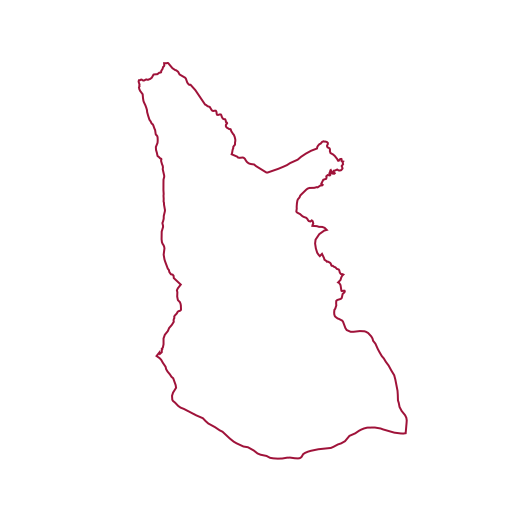 the district of Gonzalez, Cesar, Colombia, rotated 169°
{"feature_id": "7082276B53963329065475", "entity_name": "Gonzalez", "entity_type": "district", "adm_level": 2, "iso_a3": "COL", "parent_name": "Colombia", "parent_adm1": "Cesar", "projection": "orthographic", "projection_center": [-73.381, 8.394], "detail": "fine", "context": "isolated", "style": "outline", "palette": "rose", "viewbox_px": 512, "rotation_deg": 169, "n_neighbors": 0, "source": "geoboundaries", "source_scale": "gbopen_adm2", "svg_char_len": 6098}
<svg xmlns="http://www.w3.org/2000/svg" viewBox="0 0 512 512"><g transform="rotate(169 256 256)"><path d="M345.0,260.4L344.2,258.9L344.1,256.7L343.0,254.3L341.4,253.6L340.7,252.4L340.9,250.0L335.3,242.3L338.9,239.2L340.2,237.4L340.1,235.5L341.1,231.2L341.1,228.1L341.0,227.5L339.5,225.2L339.2,223.4L339.2,221.9L339.8,217.9L340.0,217.4L340.7,216.9L341.3,216.7L342.7,216.6L343.8,215.9L344.7,214.7L347.1,213.0L347.8,212.2L348.0,210.7L348.8,209.6L349.2,208.5L349.3,207.1L351.7,204.5L355.0,201.9L356.9,199.1L360.5,196.1L362.5,192.7L363.6,187.0L364.9,183.9L366.2,182.8L365.9,182.2L366.4,181.7L366.9,179.5L369.1,178.2L369.4,178.8L369.3,179.7L372.7,176.8L370.1,174.1L368.9,172.2L367.8,168.9L365.9,164.5L365.8,162.1L364.9,159.5L363.1,156.2L362.0,153.5L360.6,151.8L359.5,144.6L359.6,141.9L363.5,137.7L365.1,134.8L365.6,130.9L365.1,129.5L363.5,127.6L361.0,123.7L359.0,121.6L355.9,119.6L345.1,111.0L339.1,106.9L337.0,103.6L334.8,100.7L328.9,95.8L324.9,91.8L322.4,89.9L316.6,81.9L313.3,78.0L310.9,75.9L304.7,71.4L300.4,69.8L295.3,65.5L292.2,61.9L289.5,60.1L283.8,57.7L280.7,55.2L277.7,54.1L273.2,52.9L268.8,52.2L264.1,52.1L261.0,51.6L256.6,50.1L253.5,49.3L251.9,49.2L250.9,49.4L249.6,50.1L247.5,52.5L245.3,53.4L242.4,54.0L239.5,54.3L231.7,54.4L219.1,53.3L216.4,53.9L211.5,55.4L208.3,55.8L204.0,57.2L198.6,61.6L192.4,63.0L188.2,64.8L185.9,65.5L182.9,66.1L179.6,66.3L172.2,65.0L166.6,62.9L164.5,61.6L153.9,56.2L147.8,54.2L145.4,53.6L142.9,53.5L140.0,63.6L139.4,65.9L139.3,68.5L140.0,71.2L142.6,76.1L143.9,80.4L143.9,84.5L144.2,87.2L143.3,92.7L142.8,96.7L142.8,108.0L143.1,112.6L145.1,118.0L146.7,123.1L148.8,127.5L150.1,131.1L151.6,133.7L153.1,138.0L154.2,141.5L155.5,147.1L157.2,150.4L157.4,152.8L158.2,155.1L160.6,159.0L162.5,160.6L163.9,161.4L168.4,162.5L174.8,163.0L177.5,163.5L181.1,166.0L182.0,168.2L183.1,174.8L183.7,176.1L186.7,178.5L187.8,179.1L189.6,181.1L190.1,182.0L190.3,183.9L190.0,185.9L189.3,188.2L188.3,189.1L186.6,192.2L186.4,194.1L185.8,196.6L184.6,197.3L181.0,197.7L179.8,198.5L178.2,202.2L176.4,203.3L175.7,204.0L175.6,204.5L175.7,205.0L176.2,205.2L178.5,205.2L178.8,205.6L178.6,210.7L178.7,211.8L179.6,213.8L180.4,214.4L177.6,216.4L176.5,218.5L175.3,220.1L173.8,221.1L174.6,221.7L175.9,222.0L176.3,222.4L176.9,223.8L177.0,226.0L177.4,227.0L179.1,227.9L180.2,229.7L181.6,230.6L182.5,231.7L183.5,231.9L183.8,232.3L184.1,234.4L184.7,235.3L186.4,236.7L186.9,236.9L187.4,236.8L187.9,237.7L189.5,239.3L189.6,240.9L190.8,245.5L193.4,243.7L194.3,245.2L195.3,247.5L195.8,252.0L195.6,257.0L194.4,260.7L189.7,265.4L184.2,267.9L181.6,268.1L183.2,270.5L185.4,271.9L188.6,272.6L190.6,273.7L194.9,274.8L194.4,276.0L193.6,276.8L193.7,279.3L194.5,280.3L196.0,279.5L197.5,280.2L198.1,281.2L198.5,282.5L199.4,283.9L201.9,285.4L203.0,286.4L204.7,288.7L207.1,290.6L207.7,291.3L207.9,292.1L207.0,294.6L206.7,296.5L205.8,299.8L204.8,302.5L204.1,303.6L202.1,305.2L201.1,306.8L200.2,307.5L194.1,311.5L192.5,312.3L190.6,312.6L185.7,311.8L183.2,312.0L182.4,311.6L179.4,312.9L177.6,312.7L177.0,313.1L178.1,314.5L175.4,318.0L172.4,318.4L171.8,319.5L171.8,320.8L170.2,321.8L168.2,321.0L167.7,321.3L167.7,322.0L168.2,323.1L167.0,324.9L166.6,325.9L166.2,326.1L166.0,325.1L166.3,322.9L165.2,322.3L163.6,321.8L162.9,322.2L163.2,322.8L164.6,323.7L163.3,324.9L162.2,324.8L159.8,325.4L158.7,324.3L157.5,323.9L156.0,324.0L154.4,325.3L154.4,326.7L154.7,327.5L154.7,328.0L153.0,329.5L153.1,331.2L152.4,332.1L153.5,332.6L153.9,333.0L153.5,334.7L153.7,335.0L154.5,335.1L155.3,334.9L156.6,333.7L157.3,333.9L157.8,335.7L159.6,339.2L161.0,341.0L163.2,342.8L163.5,344.6L163.1,346.3L163.2,347.4L163.4,347.8L165.0,349.0L165.3,350.0L165.2,350.8L164.1,352.2L163.9,353.2L164.7,354.4L166.3,355.2L167.3,355.3L167.8,355.7L169.3,355.4L171.2,353.9L172.4,353.7L174.1,352.4L175.0,351.4L175.6,349.9L181.8,348.8L187.5,347.0L192.8,344.8L196.7,342.6L204.8,340.7L208.3,339.3L212.2,338.4L217.6,337.3L228.8,335.7L229.9,336.0L238.9,344.3L240.4,346.2L243.3,347.2L245.0,348.0L246.1,349.0L247.0,350.1L247.8,351.8L248.3,353.4L249.0,354.4L250.1,355.2L253.4,355.5L254.9,356.1L255.5,357.1L260.5,360.5L259.8,361.8L258.6,364.9L257.8,366.1L257.5,367.4L256.8,368.2L255.6,369.1L255.3,369.6L254.9,371.5L254.3,373.0L254.1,374.5L254.2,377.0L254.7,379.4L255.4,380.4L255.8,381.7L256.4,382.9L256.7,385.2L257.1,385.5L257.9,385.6L258.3,385.9L259.1,386.7L259.8,387.2L260.6,388.3L260.8,389.3L260.5,390.4L260.1,391.0L259.4,391.4L259.0,391.9L259.2,392.6L259.9,393.2L259.9,395.0L260.2,396.1L261.7,396.6L262.4,397.3L263.0,399.1L263.2,400.9L263.5,401.6L264.4,401.9L266.3,401.7L267.2,402.0L267.5,403.1L267.3,404.8L267.7,406.2L268.4,406.5L270.3,406.5L271.1,406.9L271.6,407.5L273.0,411.2L275.0,412.3L276.0,413.6L277.1,414.4L283.9,430.4L287.6,436.6L288.7,436.7L289.0,436.9L289.9,438.3L290.4,439.5L291.0,443.5L291.5,444.5L296.4,448.8L297.3,451.7L298.9,453.5L299.8,453.9L302.2,456.3L305.4,462.1L306.2,462.4L307.2,462.3L309.4,462.8L309.7,460.4L310.3,459.7L311.1,459.3L312.1,457.4L313.6,455.9L314.1,454.5L314.5,454.3L316.0,454.4L318.1,453.3L321.6,453.7L322.0,453.6L324.3,450.9L326.1,450.0L327.4,449.8L328.2,449.6L329.1,449.8L330.1,450.3L332.6,449.6L333.8,450.1L334.6,451.0L335.2,451.1L336.3,450.7L337.3,450.9L337.9,449.9L337.9,448.6L337.6,446.7L338.0,445.9L337.9,444.9L338.7,444.0L338.7,442.1L338.2,440.1L336.4,436.4L336.8,432.5L336.9,429.8L336.7,428.4L335.8,424.9L335.4,422.3L335.2,420.1L335.4,418.0L335.1,414.2L334.6,410.1L333.7,408.1L333.3,406.4L332.8,405.5L332.2,404.9L331.9,403.9L331.4,400.5L331.0,398.9L331.2,394.7L331.0,394.0L330.5,393.5L330.0,392.3L330.0,390.8L330.5,387.9L331.1,385.8L333.5,382.1L333.9,379.2L333.6,376.0L333.6,374.0L333.5,372.8L332.5,371.8L331.5,370.2L330.5,369.5L330.4,369.1L331.0,367.6L331.0,367.0L330.7,363.6L330.4,362.7L330.4,360.9L331.0,359.0L330.8,352.6L331.0,351.2L332.2,348.7L333.0,344.9L334.3,338.3L334.8,334.5L335.3,332.8L335.7,329.8L336.3,327.2L336.2,325.7L336.5,324.0L336.6,318.4L337.0,317.1L338.9,312.9L339.5,310.2L340.6,307.8L341.6,306.2L341.5,303.5L341.7,302.2L343.9,298.0L345.5,290.4L345.7,287.5L345.4,285.9L344.7,284.2L344.4,282.8L344.4,281.0L346.4,274.9L346.5,270.1L346.3,268.2L345.0,260.4Z" fill="none" stroke="#9f1239" stroke-width="2"/></g></svg>